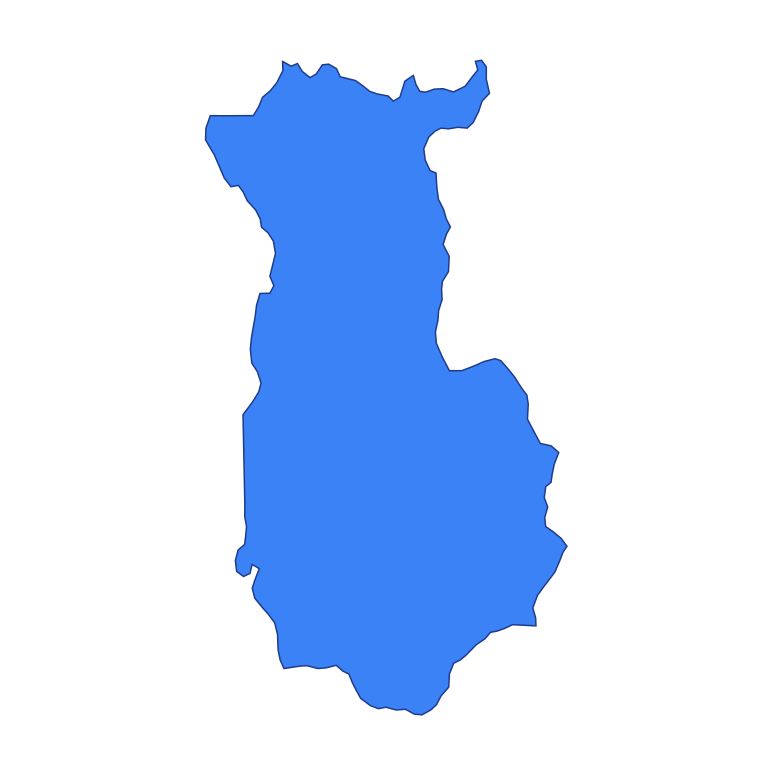 Santa Cruz das Palmeiras, São Paulo, Brazil, rotated 183°
{"feature_id": "56859067B4316799749613", "entity_name": "Santa Cruz das Palmeiras", "entity_type": "district", "adm_level": 2, "iso_a3": "BRA", "parent_name": "Brazil", "parent_adm1": "São Paulo", "projection": "equal_earth", "projection_center": [-47.253, -21.862], "detail": "fine", "context": "isolated", "style": "filled", "palette": "blue", "viewbox_px": 768, "rotation_deg": 183, "n_neighbors": 0, "source": "geoboundaries", "source_scale": "gbopen_adm2", "svg_char_len": 2512}
<svg xmlns="http://www.w3.org/2000/svg" viewBox="0 0 768 768"><g transform="rotate(183 384 384)"><path d="M501.4,691.5L506.8,679.3L512.9,670.9L520.3,663.9L523.7,654.1L528.5,645.2L559.3,643.4L571.5,642.9L575.2,630.2L575.0,618.5L569.7,610.4L565.4,603.9L559.5,591.9L554.2,581.2L547.1,573.0L539.8,574.7L534.6,568.3L530.1,559.8L521.3,551.1L516.2,542.3L514.5,534.1L507.7,528.9L502.0,521.0L499.2,508.7L501.5,496.6L503.6,485.6L499.1,476.4L502.7,468.7L512.6,467.9L515.4,456.0L516.2,444.3L517.7,432.3L518.7,424.3L519.3,411.7L517.1,398.0L511.0,389.5L506.8,378.3L508.8,369.3L514.5,358.9L523.2,346.0L516.7,256.9L516.1,244.4L513.8,234.2L514.2,224.7L514.8,216.5L521.0,210.5L523.2,199.9L521.3,189.1L514.2,184.4L507.9,187.9L506.3,196.9L498.9,193.1L502.8,181.0L504.9,173.2L501.8,163.3L493.4,154.0L487.7,148.3L480.6,139.7L477.2,128.2L475.8,112.8L473.2,102.8L468.9,94.6L458.6,96.8L451.8,98.1L445.8,98.6L435.2,96.4L426.6,97.6L417.0,100.6L410.0,95.1L403.9,92.6L400.1,84.4L396.2,77.5L390.8,68.8L380.9,62.2L372.5,59.5L365.2,61.3L354.7,59.1L345.6,60.3L336.6,56.0L328.8,55.6L320.4,60.8L314.9,66.3L310.8,75.4L303.5,84.7L303.5,97.8L299.8,108.8L293.5,112.3L288.1,117.3L278.2,128.5L269.6,135.1L264.7,141.6L258.3,143.1L250.6,146.3L243.0,150.4L228.3,150.4L219.6,150.4L220.3,158.3L223.7,168.2L219.7,180.9L213.9,189.9L203.6,205.0L199.4,216.2L196.5,225.2L192.8,231.5L198.8,238.9L207.5,245.4L215.1,250.1L216.5,259.1L214.1,269.8L218.0,278.8L217.1,290.0L212.0,294.6L211.3,302.9L209.8,312.8L205.9,324.7L213.9,331.0L224.8,332.8L231.8,344.4L238.9,356.4L238.9,371.5L240.8,380.5L245.5,386.0L249.7,391.7L254.1,398.0L261.9,406.6L268.6,413.4L274.3,415.1L285.2,411.7L291.9,408.2L299.0,404.9L307.0,401.4L319.4,400.7L327.4,414.4L333.8,427.3L335.4,438.5L333.5,450.3L333.3,460.2L330.4,471.4L331.5,481.8L330.9,489.8L325.5,499.6L325.6,515.0L332.3,526.4L329.3,537.4L325.9,544.3L330.4,552.0L333.5,561.1L339.3,571.3L341.5,582.9L343.1,597.4L349.2,599.6L354.6,609.9L356.6,621.1L352.1,633.2L346.2,639.2L340.5,642.5L333.2,642.2L323.6,644.2L314.3,643.9L308.6,649.9L303.8,660.9L300.9,671.6L293.9,679.8L297.8,693.7L298.4,706.0L303.5,712.4L309.6,711.0L306.8,702.5L311.7,695.7L318.6,685.5L330.0,679.3L340.3,682.0L349.2,681.1L357.6,677.6L363.6,678.1L367.7,684.6L370.9,693.7L379.0,687.5L383.1,671.3L389.5,666.9L394.9,671.8L406.0,673.3L413.4,675.4L420.7,680.6L428.2,685.5L436.4,687.1L443.8,688.5L448.0,696.5L456.0,700.5L462.3,699.5L467.8,690.1L473.9,686.1L481.9,691.8L487.2,699.5L493.3,696.5L502.1,700.8L501.4,691.5Z" fill="#3b82f6" stroke="#1e3a8a" stroke-width="1.5"/></g></svg>